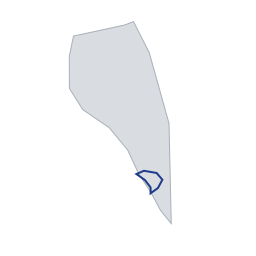 location of Mauren within Liechtenstein, rotated 162°
{"feature_id": "LIE-4900", "entity_name": "Mauren", "entity_type": "state/province", "adm_level": 1, "iso_a3": "LIE", "parent_name": "Liechtenstein", "parent_adm1": "", "projection": "mercator", "projection_center": [9.538, 47.223], "detail": "fine", "context": "in_parent", "style": "outline", "palette": "blue", "viewbox_px": 256, "rotation_deg": 162, "n_neighbors": 0, "source": "natural_earth", "source_scale": "10m", "svg_char_len": 499}
<svg xmlns="http://www.w3.org/2000/svg" viewBox="0 0 256 256"><g transform="rotate(162 128 128)"><path d="M151.4,232.3L99.6,227.0L89.9,227.5L84.5,193.1L87.6,119.7L116.4,23.7L122.5,39.5L126.1,59.6L132.0,81.0L135.1,107.1L145.8,134.1L165.3,159.4L171.5,183.7L161.7,214.3L151.4,232.3Z" fill="#d9dde1" stroke="#a8b0b8" stroke-width="1"/><path d="M126.7,58.9L124.9,64.5L127.9,73.1L134.2,81.6L126.1,82.4L114.7,76.4L111.3,68.2L118.0,61.7L126.7,58.9Z" fill="none" stroke="#1e3a8a" stroke-width="2"/></g></svg>